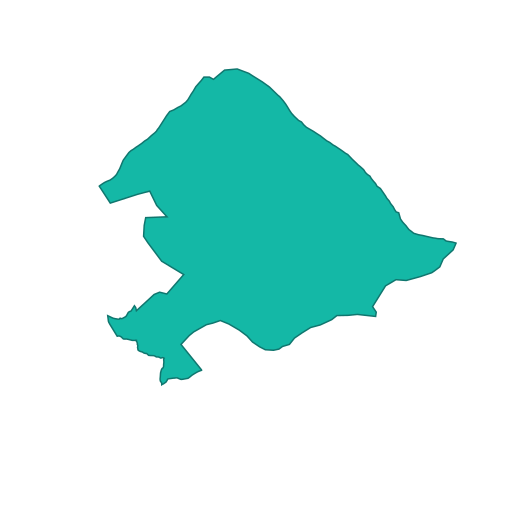 Ngor-Okpala, Imo, Nigeria, rotated 208°
{"feature_id": "59680162B61451583552190", "entity_name": "Ngor-Okpala", "entity_type": "district", "adm_level": 2, "iso_a3": "NGA", "parent_name": "Nigeria", "parent_adm1": "Imo", "projection": "orthographic", "projection_center": [7.178, 5.331], "detail": "fine", "context": "isolated", "style": "filled", "palette": "teal", "viewbox_px": 512, "rotation_deg": 208, "n_neighbors": 0, "source": "geoboundaries", "source_scale": "gbopen_adm2", "svg_char_len": 3994}
<svg xmlns="http://www.w3.org/2000/svg" viewBox="0 0 512 512"><g transform="rotate(208 256 256)"><path d="M386.0,389.5L386.7,385.3L387.5,382.0L388.6,377.3L388.7,375.0L388.8,372.0L389.2,368.6L389.3,365.6L389.5,361.9L390.2,358.8L392.7,353.3L394.8,350.4L397.2,346.4L400.0,343.1L400.8,338.1L402.0,323.2L402.4,321.6L402.5,319.5L403.2,317.2L404.9,313.2L406.6,308.2L408.3,305.3L409.7,301.9L411.7,298.0L413.0,295.7L413.6,294.4L414.4,292.7L415.8,290.4L416.8,287.7L417.5,283.1L417.9,280.4L418.2,278.1L417.9,274.9L417.3,269.1L417.4,265.5L417.4,262.5L418.1,259.8L419.1,257.2L420.5,254.5L422.5,252.2L424.2,249.9L425.5,247.6L426.9,244.9L427.2,244.1L409.5,234.3L389.5,254.9L380.3,263.4L367.4,254.0L353.0,248.8L371.4,238.1L369.1,230.6L364.5,220.6L357.4,216.8L336.8,207.1L311.1,205.7L316.9,180.6L324.1,178.8L327.9,174.2L335.9,151.5L338.0,154.0L340.0,155.0L340.4,149.8L340.6,148.6L340.9,148.2L341.5,147.7L342.2,146.5L342.3,145.9L342.3,145.4L342.3,144.2L342.3,143.7L342.4,142.1L342.6,141.3L343.5,139.9L344.2,138.8L344.8,138.0L345.7,137.4L346.8,137.3L347.1,136.1L348.0,135.5L349.6,135.0L351.1,134.5L353.0,134.0L354.6,133.9L356.7,133.8L358.9,133.7L358.2,132.7L357.5,131.7L355.7,129.1L354.8,128.3L353.0,127.1L351.3,126.1L348.2,124.3L347.2,123.7L340.9,120.0L340.3,120.5L339.6,121.0L339.1,121.2L338.6,121.3L337.5,121.3L336.8,121.3L336.0,121.0L335.3,120.8L334.2,120.5L333.6,120.7L332.6,121.2L331.4,121.9L329.7,122.4L327.7,122.9L326.9,123.1L326.1,123.3L325.4,123.5L324.3,124.1L323.2,124.7L322.5,125.3L322.0,125.4L322.0,124.9L321.7,124.6L321.1,124.4L320.6,124.0L320.3,123.8L319.9,123.2L319.5,122.9L319.3,122.2L318.4,121.6L318.1,120.9L317.8,120.2L317.6,119.5L317.0,118.9L316.6,118.6L316.4,118.3L316.3,117.8L315.7,117.5L315.2,117.4L314.7,117.4L313.8,117.4L313.3,117.4L312.7,117.6L312.3,117.6L311.4,117.9L309.6,117.7L308.0,118.0L306.8,118.6L305.5,118.2L304.1,117.9L303.1,118.3L299.5,120.0L298.7,120.2L296.7,120.1L294.6,121.1L292.1,121.2L290.7,122.5L289.9,122.7L289.1,122.6L289.1,121.8L288.7,120.8L288.2,120.2L287.5,119.0L287.1,118.0L286.8,117.2L286.4,116.3L285.8,115.2L285.5,113.8L285.8,113.3L286.1,112.6L286.1,111.0L285.8,109.7L285.4,108.0L284.6,106.2L284.0,104.9L282.9,102.3L281.8,100.7L279.7,99.6L279.1,98.6L278.8,98.1L278.7,98.3L278.6,98.5L277.8,99.5L277.0,101.0L276.2,102.7L276.2,103.2L276.2,103.8L276.1,104.7L276.2,105.3L276.0,106.1L275.6,106.5L273.2,108.2L271.7,109.3L270.4,110.1L269.5,110.8L268.4,111.4L264.9,111.7L264.1,111.9L262.9,112.7L258.6,116.1L257.7,117.9L256.5,120.8L254.9,123.6L253.6,125.7L252.5,127.2L250.9,129.0L250.4,129.5L250.7,129.9L280.7,142.7L277.6,154.4L275.4,159.7L267.5,172.1L262.6,176.5L257.2,182.3L248.1,183.2L235.9,182.7L226.4,181.2L218.7,178.4L210.2,177.5L203.8,177.6L196.3,181.0L192.0,184.6L190.1,188.6L185.0,193.6L183.5,201.6L179.4,209.5L174.2,218.5L166.9,225.3L159.3,235.3L156.6,241.4L146.9,246.8L139.1,252.0L122.0,258.8L123.5,262.9L129.3,266.0L127.6,290.5L121.3,300.8L111.9,304.9L101.1,315.1L93.0,323.7L91.6,326.3L88.6,332.7L89.3,341.3L84.8,354.0L85.4,361.3L85.6,361.3L89.2,360.5L91.5,359.7L95.1,358.5L98.6,359.1L103.5,356.7L105.8,356.0L108.2,355.1L114.5,353.4L118.4,352.4L122.4,351.1L127.4,350.1L130.5,350.7L133.3,351.1L135.6,352.1L137.9,353.2L140.3,354.0L142.5,354.8L145.8,356.5L147.9,358.7L150.3,361.2L152.9,360.7L155.5,362.1L157.9,363.8L162.0,365.6L163.3,366.5L164.0,367.0L167.6,368.4L169.8,369.8L174.8,372.4L177.9,374.0L181.9,374.4L184.5,376.1L187.5,377.2L190.7,378.6L192.9,380.0L195.9,380.3L198.6,381.1L201.2,382.6L202.1,382.9L206.1,383.9L208.4,384.3L210.7,385.0L213.9,385.9L216.4,386.6L222.7,388.7L225.1,388.7L227.8,389.1L230.8,389.5L237.6,390.2L238.2,390.2L240.0,390.2L244.3,390.9L247.6,390.9L252.2,391.7L255.5,392.3L259.6,392.6L263.7,393.0L271.9,393.3L275.6,394.3L278.8,395.7L282.1,395.7L287.1,397.1L288.1,397.4L291.7,398.7L294.9,400.4L298.2,402.4L301.2,404.1L304.8,405.8L309.9,407.8L312.1,408.2L323.4,411.5L332.2,412.7L343.9,413.5L348.1,413.9L360.4,412.3L371.0,405.4L372.4,402.1L376.5,392.0L381.1,392.1L386.0,389.5Z" fill="#14b8a6" stroke="#0f766e" stroke-width="1.5"/></g></svg>